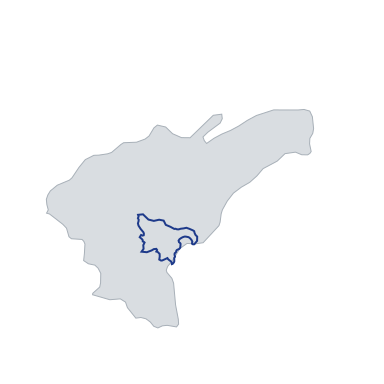 Azua on a map of Dominican Republic (Mercator projection), rotated 320°
{"feature_id": "DOM-1974", "entity_name": "Azua", "entity_type": "Province", "adm_level": 1, "iso_a3": "DOM", "parent_name": "Dominican Republic", "parent_adm1": "", "projection": "mercator", "projection_center": [-70.822, 18.624], "detail": "fine", "context": "in_parent", "style": "outline", "palette": "blue", "viewbox_px": 384, "rotation_deg": 320, "n_neighbors": 0, "source": "natural_earth", "source_scale": "10m", "svg_char_len": 2801}
<svg xmlns="http://www.w3.org/2000/svg" viewBox="0 0 384 384"><g transform="rotate(320 192 192)"><path d="M67.9,252.5L68.2,239.1L70.3,233.6L68.4,227.8L59.8,221.7L54.5,213.8L49.8,206.8L50.9,205.8L60.2,205.5L63.5,202.9L69.8,195.7L71.1,190.0L70.6,185.6L66.5,180.4L64.9,174.9L69.9,170.1L76.5,163.1L77.4,160.4L77.3,157.7L69.6,150.3L69.0,147.2L72.6,139.1L72.3,133.8L68.7,117.2L67.0,114.7L70.4,113.3L72.7,108.4L75.7,104.0L79.7,101.6L84.2,100.1L93.2,100.2L105.7,104.1L109.2,104.0L121.2,100.5L131.1,98.6L140.4,100.8L144.2,103.8L151.9,108.5L155.8,110.0L168.0,109.9L171.3,110.3L181.5,118.2L190.1,121.3L195.1,121.5L204.1,118.4L208.5,118.5L213.6,125.3L214.6,134.9L218.9,143.6L225.4,149.2L257.6,146.9L264.8,151.5L262.3,155.3L257.8,157.3L242.5,156.4L235.8,156.9L234.4,160.6L234.4,164.2L243.4,165.0L252.1,166.8L261.1,169.6L270.2,171.5L280.4,172.7L290.5,174.8L307.3,181.6L325.9,197.3L330.9,200.8L334.2,205.7L332.6,211.7L325.9,221.6L322.2,224.7L316.7,226.7L313.0,230.7L309.3,237.6L307.1,238.2L304.5,237.9L300.0,234.0L296.9,228.0L287.9,222.4L277.2,223.1L261.5,219.8L252.0,221.4L242.5,221.7L232.8,220.0L223.0,219.5L213.2,221.6L203.8,225.2L200.3,227.5L194.2,233.1L191.0,235.1L167.9,238.0L161.3,233.9L155.1,228.2L146.3,227.5L133.4,231.8L125.4,233.4L122.1,235.3L121.1,237.4L121.1,245.2L119.3,250.0L106.8,268.0L99.7,280.7L96.8,284.6L93.4,285.4L87.3,278.2L83.3,275.5L78.5,274.2L76.4,270.3L76.5,264.8L75.2,259.5L72.2,255.3L67.9,252.5Z" fill="#d9dde1" stroke="#a8b0b8" stroke-width="1"/><path d="M160.2,233.5L159.2,232.8L158.8,232.1L159.0,231.3L159.5,230.9L160.0,230.6L160.4,230.1L160.8,228.4L160.8,226.7L160.6,225.2L160.2,224.2L158.5,222.1L157.5,221.3L155.7,220.6L154.1,220.3L152.2,220.1L150.5,220.6L149.8,222.0L150.1,223.7L149.9,224.4L147.6,226.7L147.0,227.1L146.1,227.3L145.2,227.3L143.6,226.8L142.9,226.7L142.3,226.9L141.2,227.7L140.5,227.9L139.5,227.8L139.1,228.0L138.4,228.7L138.2,229.0L137.7,230.0L137.6,230.4L137.4,230.7L136.3,231.0L135.9,231.2L133.9,233.7L132.8,234.3L130.9,234.6L130.2,234.3L131.4,232.3L130.8,229.7L130.5,228.0L130.7,226.8L128.4,226.2L125.9,225.5L124.9,225.2L124.2,224.6L123.9,223.7L123.5,222.7L125.8,220.7L127.4,218.6L127.2,216.0L126.4,214.7L128.0,214.0L128.1,212.6L126.0,211.2L123.5,210.8L118.7,209.1L115.0,205.3L118.4,204.4L120.5,201.4L121.7,200.9L123.2,200.2L123.0,199.1L122.5,198.2L123.3,197.1L123.4,196.1L122.9,193.0L125.4,192.2L126.1,193.6L127.2,194.1L128.3,193.1L128.9,191.7L128.9,187.4L129.4,183.4L130.4,181.3L132.3,180.0L133.4,178.9L133.7,177.3L135.3,176.5L136.0,174.8L140.1,177.6L140.9,185.1L144.2,189.6L149.0,192.1L151.9,195.7L150.8,200.3L153.1,204.8L154.7,208.9L155.8,209.6L156.4,210.8L157.8,212.1L159.6,212.8L162.2,214.5L164.7,215.8L166.3,218.5L168.0,221.9L168.5,223.4L167.7,224.9L167.1,227.1L167.3,229.5L164.5,232.7L160.2,233.5Z" fill="none" stroke="#1e3a8a" stroke-width="2"/></g></svg>